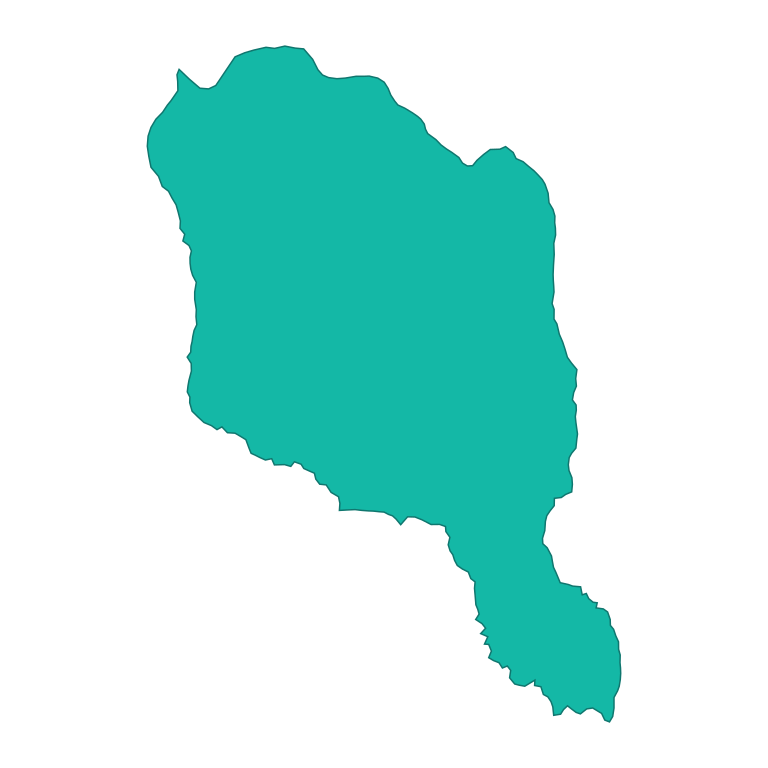 Alexânia, Goiás, Brazil (Robinson projection)
{"feature_id": "56859067B77264834644366", "entity_name": "Alexânia", "entity_type": "district", "adm_level": 2, "iso_a3": "BRA", "parent_name": "Brazil", "parent_adm1": "Goiás", "projection": "robinson", "projection_center": [-48.46, -16.12], "detail": "fine", "context": "isolated", "style": "filled", "palette": "teal", "viewbox_px": 768, "rotation_deg": 0, "n_neighbors": 0, "source": "geoboundaries", "source_scale": "gbopen_adm2", "svg_char_len": 3583}
<svg xmlns="http://www.w3.org/2000/svg" viewBox="0 0 768 768"><path d="M488.7,657.7L493.6,660.6L499.0,662.7L502.4,668.0L507.3,666.0L510.7,670.4L509.6,677.8L514.7,684.0L519.2,685.2L524.8,686.2L534.9,680.1L534.6,685.5L540.9,686.7L543.4,694.5L547.8,696.8L551.0,701.6L552.8,706.8L553.7,715.3L560.6,714.2L563.5,709.6L567.5,705.8L571.7,709.1L576.1,712.4L580.4,713.9L586.7,708.9L592.7,708.0L601.6,713.4L604.8,720.1L609.5,721.9L612.7,716.5L614.0,708.0L614.0,697.5L617.6,690.8L619.2,686.3L620.3,679.6L620.7,673.4L620.5,667.8L620.0,662.7L620.2,655.0L618.6,649.3L618.5,641.8L615.8,635.9L613.6,629.3L610.4,625.4L610.2,619.5L607.6,612.0L603.3,608.9L596.1,607.9L597.2,602.8L593.0,602.2L588.7,598.6L586.3,593.5L582.2,594.8L580.6,586.8L572.7,586.1L568.3,584.5L560.2,582.7L555.9,572.4L553.5,567.3L552.4,561.4L551.5,556.0L547.2,547.8L542.8,543.7L542.5,538.3L544.8,530.6L545.4,521.4L546.8,515.7L550.1,510.8L554.2,505.7L554.4,498.3L561.3,497.5L565.7,494.4L571.7,491.9L572.4,484.4L571.9,477.7L569.0,470.6L568.3,464.7L569.2,457.6L571.6,453.3L575.9,448.1L576.8,439.2L577.5,434.0L575.9,422.5L575.3,416.6L576.3,410.1L576.1,405.0L572.4,399.9L573.7,392.5L576.4,386.1L575.7,378.6L576.9,369.6L571.2,362.7L567.4,357.3L565.0,349.1L562.7,342.1L559.3,334.2L556.9,323.9L554.0,319.1L554.1,309.3L552.1,303.6L554.0,292.0L553.7,285.9L553.3,280.4L553.1,274.6L553.5,265.1L554.2,254.5L553.8,243.3L555.6,235.0L555.4,228.1L554.7,222.7L554.9,216.1L553.0,209.4L549.0,202.7L548.1,193.2L545.0,184.2L542.3,179.6L538.1,175.0L534.1,170.9L528.7,166.5L523.1,161.7L516.1,158.6L513.2,152.5L505.6,146.6L499.9,149.2L490.3,149.5L483.6,154.5L477.0,160.3L472.6,165.7L467.4,166.0L462.5,163.1L458.9,157.5L451.7,152.3L446.5,149.0L441.0,144.9L436.0,139.7L427.7,133.6L425.5,129.2L424.3,124.1L420.8,119.2L417.6,116.4L412.4,112.8L404.8,108.2L397.9,105.0L394.8,101.2L390.8,95.1L388.1,88.4L384.2,82.2L377.8,78.1L369.2,76.1L364.0,76.3L356.0,76.3L345.2,78.1L336.9,78.7L328.6,77.6L322.5,75.0L317.9,69.7L312.7,59.4L303.7,48.9L295.2,48.1L284.9,46.1L274.6,48.4L266.0,47.3L253.8,50.1L244.9,52.7L235.1,56.8L215.8,85.5L208.6,88.9L199.9,88.2L189.4,79.2L179.1,69.4L177.0,74.8L177.7,81.4L177.9,90.7L171.0,100.7L167.4,105.1L162.6,112.3L155.9,119.2L151.0,127.4L148.1,136.1L147.3,146.2L148.8,156.3L151.0,167.3L158.5,176.3L162.3,186.5L168.5,191.2L171.9,197.8L176.1,204.8L178.2,212.2L180.4,220.9L180.0,228.4L184.7,234.2L182.9,241.0L189.0,245.5L191.4,250.9L190.0,257.3L190.1,263.3L190.8,269.1L192.6,275.3L196.3,282.3L194.7,292.0L194.7,299.2L196.3,309.6L196.0,316.7L196.8,324.7L194.1,330.4L192.8,336.5L192.1,341.6L191.0,346.2L190.7,352.2L187.2,357.1L191.2,363.4L191.4,371.1L189.0,380.2L188.0,385.8L187.3,391.9L189.9,397.1L189.7,402.7L192.1,411.2L197.6,416.6L204.0,422.5L211.4,425.6L217.0,429.6L221.9,426.9L227.4,432.7L235.1,433.2L241.4,436.9L245.9,439.7L249.0,448.1L251.1,453.3L255.1,455.1L259.6,457.4L265.4,460.0L271.7,458.7L274.4,464.9L284.5,464.6L290.8,466.4L294.4,461.8L301.1,464.2L303.8,468.5L308.9,470.8L314.4,473.2L315.8,479.1L319.7,484.2L326.2,484.9L331.1,492.4L338.5,496.7L339.9,503.4L339.4,510.4L348.3,509.9L355.1,509.6L361.9,510.4L368.6,510.9L373.5,511.1L378.9,511.7L384.1,512.1L388.5,514.4L392.5,515.8L396.1,519.1L400.7,524.7L407.6,516.8L415.0,517.0L422.0,519.8L431.1,524.5L439.6,524.4L445.5,526.5L445.9,531.6L449.9,537.3L448.2,544.8L450.1,550.9L452.8,554.7L454.6,560.4L457.3,565.5L462.5,569.1L468.3,572.0L470.8,578.6L475.1,581.9L474.5,588.3L475.1,595.0L475.9,604.8L477.8,609.4L479.1,614.1L475.7,619.5L482.0,623.6L485.6,628.2L480.7,633.6L487.8,636.7L484.5,644.1L488.7,644.4L491.4,651.1L488.7,657.7Z" fill="#14b8a6" stroke="#0f766e" stroke-width="1.5"/></svg>